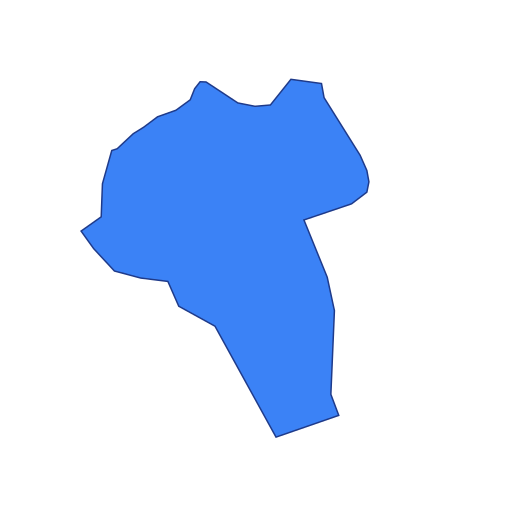 the border of Varaklanu, rotated 241°
{"feature_id": "LVA-5800", "entity_name": "Varaklanu", "entity_type": "Municipality", "adm_level": 1, "iso_a3": "LVA", "parent_name": "Latvia", "parent_adm1": "", "projection": "orthographic", "projection_center": [26.664, 56.633], "detail": "fine", "context": "isolated", "style": "filled", "palette": "blue", "viewbox_px": 512, "rotation_deg": 241, "n_neighbors": 0, "source": "natural_earth", "source_scale": "10m", "svg_char_len": 612}
<svg xmlns="http://www.w3.org/2000/svg" viewBox="0 0 512 512"><g transform="rotate(241 256 256)"><path d="M418.2,181.0L417.1,186.5L422.5,208.0L423.1,220.2L425.5,237.4L422.3,256.7L424.5,274.2L432.1,283.5L435.5,291.6L432.4,296.7L398.7,314.3L387.4,327.7L381.1,341.8L393.6,372.2L375.1,396.9L361.5,392.3L293.6,395.9L277.0,394.4L266.1,390.7L258.1,383.9L255.3,364.9L264.3,315.4L202.9,308.0L170.2,298.1L98.7,254.4L76.5,251.1L87.9,185.7L214.5,186.1L249.5,164.1L276.5,166.6L292.6,144.5L311.5,124.9L341.1,117.6L362.6,115.1L365.3,139.6L393.6,156.7L418.2,181.0Z" fill="#3b82f6" stroke="#1e3a8a" stroke-width="1.5"/></g></svg>